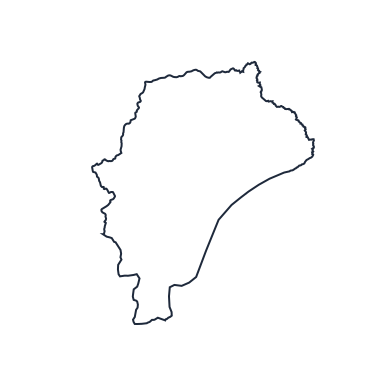 Xon, Houaphan, Laos, rotated 19°
{"feature_id": "54806243B87375658661080", "entity_name": "Xon", "entity_type": "district", "adm_level": 2, "iso_a3": "LAO", "parent_name": "Laos", "parent_adm1": "Houaphan", "projection": "orthographic", "projection_center": [103.485, 20.489], "detail": "fine", "context": "isolated", "style": "outline", "palette": "slate", "viewbox_px": 384, "rotation_deg": 19, "n_neighbors": 0, "source": "geoboundaries", "source_scale": "gbopen_adm2", "svg_char_len": 5907}
<svg xmlns="http://www.w3.org/2000/svg" viewBox="0 0 384 384"><g transform="rotate(19 192 192)"><path d="M294.5,117.3L294.1,116.9L293.3,116.9L293.3,116.4L292.6,115.4L293.3,114.9L293.5,114.3L292.5,113.6L292.4,112.5L291.5,112.1L292.1,111.2L292.6,110.9L292.5,110.4L292.7,109.8L291.8,108.7L291.4,108.6L291.0,107.5L291.1,107.0L290.4,106.2L290.3,104.4L290.5,103.7L289.8,102.5L288.3,103.1L287.7,103.7L286.5,104.0L285.7,104.6L283.5,102.5L282.3,102.7L282.2,102.4L282.4,101.7L282.2,101.1L281.0,100.5L280.8,100.5L280.7,100.1L280.9,99.8L280.6,99.3L280.4,98.4L278.6,97.1L279.1,96.0L278.3,95.3L278.5,94.6L278.0,93.9L277.5,93.9L277.4,94.1L276.1,93.9L275.8,93.3L274.9,93.2L274.6,92.8L274.5,92.3L273.6,92.3L272.8,91.5L272.2,91.9L272.1,91.7L272.1,91.3L269.9,90.6L269.7,89.9L269.3,89.6L267.0,89.8L266.7,89.6L267.0,89.1L266.7,88.2L266.8,87.4L266.4,87.4L266.1,86.8L265.6,86.5L265.6,85.6L265.2,85.5L265.0,85.1L264.9,84.9L263.9,84.2L263.3,83.4L262.9,83.6L262.6,83.2L262.2,83.1L260.6,83.9L260.3,83.2L259.8,82.8L259.1,82.8L258.9,82.5L258.0,82.2L257.1,82.3L257.0,81.9L256.7,81.8L254.3,82.9L253.0,83.2L252.3,82.5L251.2,82.6L250.7,81.9L249.9,82.0L248.6,81.6L248.0,81.9L247.3,82.9L246.6,83.2L245.9,83.2L244.6,83.9L243.0,83.1L242.8,82.6L242.1,82.3L241.6,81.8L241.4,81.7L240.7,82.1L240.0,81.4L239.0,81.3L238.8,81.0L238.6,80.0L237.9,80.4L236.6,80.6L235.0,81.6L234.7,81.5L234.3,81.0L233.1,81.8L232.3,81.9L227.1,79.8L226.1,78.8L225.9,77.4L225.4,76.7L225.1,75.7L224.4,75.2L224.5,74.3L224.9,73.8L224.9,73.2L224.6,72.3L223.5,70.4L223.4,70.3L222.4,70.4L220.8,70.0L221.6,69.2L221.9,68.6L220.8,67.7L220.5,66.4L218.9,67.1L218.0,67.0L217.6,66.0L217.1,65.5L217.4,64.8L217.0,64.5L216.9,64.0L216.3,63.7L215.8,63.1L215.9,62.4L215.6,61.6L216.1,60.8L215.7,60.3L216.1,59.7L215.9,59.2L216.4,58.4L216.5,57.9L217.1,57.5L217.0,56.8L217.3,56.3L216.5,56.2L216.1,55.6L215.5,55.7L215.1,55.3L214.7,55.2L214.7,54.5L214.3,53.8L214.0,53.6L213.5,53.6L213.4,52.7L212.7,52.1L212.4,51.5L211.7,51.1L210.8,51.2L210.6,50.5L210.7,49.9L210.3,49.6L210.3,49.2L209.2,48.6L208.6,48.7L208.5,49.1L208.0,49.4L207.2,50.1L206.4,50.2L205.9,50.9L205.7,51.7L205.0,52.4L203.0,52.1L202.7,53.4L202.0,53.7L201.9,54.8L201.4,55.5L201.3,56.7L200.5,58.2L200.8,59.3L200.8,60.8L201.3,61.7L200.3,61.8L199.9,61.6L199.6,62.4L199.3,62.7L198.8,63.5L198.3,62.8L197.4,62.4L197.1,61.8L195.3,62.8L194.1,62.5L193.8,62.9L193.4,63.1L192.9,63.1L192.2,62.4L191.4,61.9L190.9,61.7L190.4,61.8L188.6,63.5L187.8,66.1L187.6,66.5L186.0,66.9L185.0,67.7L184.3,68.0L181.4,68.0L180.8,68.5L180.3,69.3L179.6,69.9L179.1,70.1L178.4,70.2L177.2,70.9L176.6,70.8L176.1,71.4L174.9,72.3L172.1,77.1L171.8,78.0L171.0,78.5L168.9,78.7L166.9,78.4L160.6,75.3L158.0,75.5L156.7,75.1L155.9,75.1L154.4,75.9L153.0,77.1L152.3,78.0L150.4,79.1L148.9,79.7L147.9,80.5L146.4,84.1L145.5,85.3L143.5,86.3L142.7,86.3L142.0,86.7L141.0,87.8L140.0,88.5L138.2,89.0L136.8,89.2L133.8,88.8L132.7,89.0L131.6,89.6L130.0,91.5L129.6,92.3L128.8,92.9L125.5,94.3L123.9,95.4L123.3,96.0L122.7,96.8L120.3,98.5L119.4,99.0L118.8,99.5L118.4,100.4L117.8,101.1L116.1,101.8L112.8,102.6L112.1,103.0L111.9,103.6L113.1,105.8L113.3,108.3L113.6,110.2L113.3,113.7L112.6,114.8L111.5,116.0L110.9,118.6L112.0,120.0L112.7,121.3L113.9,122.5L113.9,123.1L113.6,123.7L112.0,124.9L111.7,125.6L111.6,126.3L112.0,127.2L112.8,128.3L114.2,129.2L114.4,129.5L114.4,130.1L113.4,132.5L113.3,133.0L113.6,133.7L113.6,134.3L112.7,135.3L112.6,135.8L114.3,139.1L114.2,140.8L113.9,141.4L110.7,144.1L111.0,146.2L110.7,147.2L110.0,148.0L109.5,148.0L108.4,148.5L107.6,149.1L106.9,150.3L106.5,151.8L106.7,153.5L107.8,157.8L107.7,158.9L108.2,160.2L108.2,161.1L107.3,163.3L107.9,165.6L108.6,166.4L108.9,167.9L109.6,168.7L110.5,171.7L110.7,175.3L111.3,176.5L112.5,178.1L110.2,181.1L109.1,181.8L108.6,182.5L108.2,183.7L108.5,185.2L108.3,185.6L107.4,186.1L106.9,186.7L106.7,188.0L106.3,188.6L105.4,189.2L103.5,189.7L102.8,190.2L101.6,190.2L100.3,190.0L99.6,189.6L98.9,189.5L98.5,189.7L98.2,190.6L97.2,191.5L97.3,193.1L97.0,194.1L94.7,196.8L94.2,196.9L93.0,196.1L92.7,196.3L92.0,197.8L91.1,199.0L89.7,200.0L89.5,200.5L89.5,201.1L91.3,204.4L92.0,205.2L94.4,205.0L96.3,206.6L97.2,208.4L98.7,208.9L99.4,209.5L100.6,211.7L101.9,212.8L103.7,215.7L104.2,216.1L105.3,216.6L105.9,216.4L106.4,216.1L106.8,216.0L107.2,216.5L107.6,217.7L107.9,217.8L108.4,217.7L109.5,216.8L110.0,216.8L110.8,217.2L112.8,219.0L113.2,219.5L113.8,219.9L114.2,219.7L115.4,218.4L116.8,217.9L117.4,217.9L120.5,220.9L120.6,221.4L120.1,223.7L119.6,224.6L117.6,226.2L117.5,226.6L117.5,227.2L118.2,227.9L118.0,228.7L117.0,231.5L115.8,233.3L112.4,237.4L112.1,238.1L112.3,238.8L112.8,239.6L113.9,240.4L116.9,240.9L117.6,241.4L118.0,242.1L118.2,243.4L119.4,245.1L119.6,246.4L119.0,248.1L118.9,248.7L119.2,248.9L120.1,249.0L120.6,249.3L120.7,252.8L121.0,254.1L121.0,255.3L121.3,256.3L122.1,257.4L122.4,260.2L122.2,260.7L121.6,260.9L125.8,262.0L129.1,261.7L131.1,261.7L134.6,264.5L136.1,264.4L143.3,270.1L145.1,273.5L145.6,277.0L147.3,278.9L145.9,284.9L147.2,289.4L149.4,293.7L151.4,295.2L155.4,293.1L159.0,291.9L163.7,289.5L166.5,287.7L170.5,290.8L171.0,296.1L171.0,299.3L168.6,303.0L169.6,308.0L170.1,310.2L172.0,313.0L174.5,312.9L175.8,313.4L177.5,316.1L178.2,319.1L177.5,321.6L178.6,328.8L177.8,331.9L179.0,333.8L180.8,335.4L183.1,334.7L187.4,333.0L192.0,330.8L192.5,330.1L194.3,328.6L195.8,325.9L197.8,325.2L198.4,324.7L200.6,322.0L208.5,322.1L208.5,321.0L209.7,320.1L210.5,318.6L212.1,317.1L213.1,315.5L211.8,312.2L208.2,308.0L204.2,298.1L202.0,289.3L205.6,285.6L212.8,284.1L218.8,278.6L223.6,271.0L224.4,242.8L226.2,209.6L233.6,191.4L240.0,181.2L245.3,173.2L252.8,163.4L261.0,154.2L272.8,143.6L277.5,140.7L278.0,139.9L278.5,139.5L279.6,139.0L280.4,138.4L280.7,137.8L281.2,137.4L281.6,136.6L282.6,135.7L282.9,134.8L283.7,134.3L284.8,132.1L286.0,131.5L286.4,131.1L286.7,130.4L287.0,130.0L287.6,129.8L288.9,128.5L289.1,126.6L289.9,124.4L290.9,123.4L292.3,121.6L293.3,120.8L294.2,119.4L294.5,117.3Z" fill="none" stroke="#1e293b" stroke-width="2"/></g></svg>